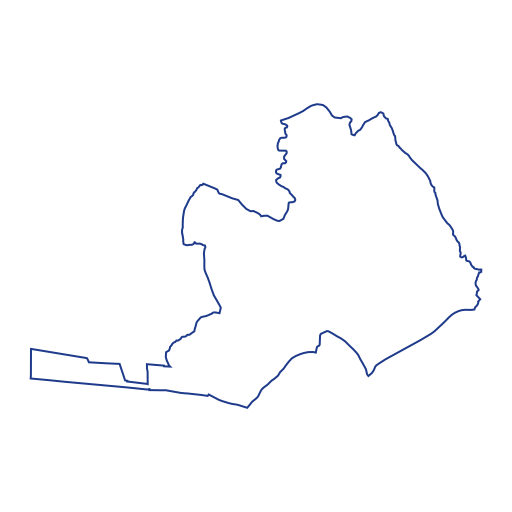 Totolac, Tlaxcala, Mexico (Albers equal-area conic projection)
{"feature_id": "50627088B53783238434926", "entity_name": "Totolac", "entity_type": "district", "adm_level": 2, "iso_a3": "MEX", "parent_name": "Mexico", "parent_adm1": "Tlaxcala", "projection": "albers", "projection_center": [-98.25, 19.338], "detail": "fine", "context": "isolated", "style": "outline", "palette": "blue", "viewbox_px": 512, "rotation_deg": 0, "n_neighbors": 0, "source": "geoboundaries", "source_scale": "gbopen_adm2", "svg_char_len": 6119}
<svg xmlns="http://www.w3.org/2000/svg" viewBox="0 0 512 512"><path d="M247.2,407.8L249.9,404.6L251.1,403.0L252.5,401.4L255.3,399.2L257.0,397.7L257.6,397.0L258.3,396.0L260.6,391.2L262.0,389.1L263.6,387.6L267.6,384.6L270.9,381.3L272.2,380.2L273.9,379.1L276.7,376.8L278.1,375.5L280.2,372.0L283.6,368.7L286.0,365.2L289.1,361.3L291.9,358.3L295.8,356.0L300.1,354.2L303.8,353.0L308.3,352.1L313.1,352.0L315.8,352.6L316.7,348.1L317.1,346.9L317.8,346.3L319.1,345.7L319.4,345.3L319.7,344.4L320.0,336.9L320.1,335.4L320.8,333.9L326.7,331.2L327.6,331.1L328.4,331.3L332.0,333.2L337.4,336.5L339.9,337.8L341.7,338.9L345.3,341.5L349.9,346.1L353.5,349.5L356.4,352.6L357.6,354.2L358.3,355.1L360.3,359.2L362.6,363.1L365.8,369.0L366.1,369.8L366.9,373.7L367.3,374.6L368.4,376.0L371.8,373.1L373.6,370.6L375.3,366.6L376.3,365.4L378.8,363.6L385.5,359.3L420.5,340.1L431.1,333.8L434.6,331.2L444.5,321.9L449.3,317.0L452.2,314.5L455.0,312.7L458.8,311.0L461.6,310.2L465.2,309.8L471.8,309.9L474.4,309.5L474.7,308.4L475.5,306.9L476.2,306.4L477.3,305.0L477.9,303.9L478.2,302.9L478.3,302.2L478.1,301.7L480.2,299.2L476.4,295.2L476.9,292.9L477.0,291.8L477.4,291.1L478.2,290.6L478.6,290.1L478.6,289.5L477.5,287.6L476.4,286.1L476.0,285.7L475.6,284.4L475.6,282.4L476.1,280.8L476.5,280.4L476.8,279.4L477.0,277.7L478.0,276.3L478.1,275.5L479.1,272.6L479.2,272.4L479.9,272.5L480.3,272.4L480.6,272.2L481.2,271.9L481.3,269.6L480.2,269.5L479.0,269.7L478.1,269.4L475.3,268.8L474.6,268.6L473.9,268.1L473.6,267.1L472.8,266.9L472.4,266.5L471.3,265.0L470.8,264.0L470.7,263.3L469.6,261.6L469.0,261.3L467.1,260.9L466.6,260.7L466.3,260.3L466.1,259.9L466.1,258.1L465.2,255.6L464.3,255.9L463.6,256.6L462.8,257.1L462.2,257.3L461.5,257.3L460.5,256.9L460.2,256.4L460.3,255.1L460.6,253.8L460.6,252.3L459.9,251.1L459.9,248.9L460.1,247.7L459.9,246.7L459.6,245.7L459.4,244.0L458.7,242.4L457.6,241.5L456.8,240.4L455.4,237.1L454.7,236.2L453.9,235.5L453.3,234.9L453.0,234.4L453.0,233.6L453.2,232.4L453.1,231.0L452.7,230.0L451.6,228.1L449.6,225.2L447.2,223.1L442.8,217.3L441.3,214.0L439.1,208.3L437.8,203.8L437.5,200.3L435.6,195.0L435.4,193.0L434.7,192.3L434.3,191.2L434.3,187.5L432.8,186.6L431.5,185.1L430.6,183.2L430.2,180.8L427.8,176.1L425.5,172.9L422.3,169.7L420.4,168.2L412.0,160.1L409.9,157.5L409.0,155.9L407.6,154.4L405.2,152.9L401.7,149.8L400.8,148.6L399.6,147.7L399.1,146.6L397.7,145.5L396.9,145.1L396.4,144.1L395.4,140.0L395.1,136.1L394.4,135.5L393.5,133.3L392.9,131.0L391.7,128.0L389.9,125.1L389.3,122.8L388.2,120.9L387.7,118.9L386.0,118.4L384.0,116.3L383.3,113.5L380.9,112.2L378.9,112.9L377.9,114.7L376.3,116.4L372.2,118.3L368.6,120.5L366.9,121.2L365.0,122.2L363.3,124.8L361.9,127.4L360.3,129.7L357.9,131.0L355.7,133.4L354.6,135.3L352.6,134.8L351.5,134.2L351.4,132.7L351.1,130.3L350.1,126.9L349.4,124.9L350.0,122.5L351.3,121.3L351.6,119.2L350.1,117.9L347.3,116.5L344.6,116.8L342.6,117.2L341.0,118.2L334.7,117.5L332.0,115.5L329.7,111.6L326.4,107.5L323.1,105.1L320.5,104.6L317.0,104.2L313.3,105.1L310.8,106.0L306.7,108.5L303.2,111.0L298.7,113.3L288.5,118.0L280.9,120.5L281.1,121.6L281.6,122.9L282.5,123.7L284.8,124.2L286.1,124.8L287.2,125.7L287.3,126.6L286.8,127.5L285.9,127.6L285.2,128.0L284.7,128.8L284.7,129.5L285.4,133.6L286.6,135.2L286.5,136.6L285.9,137.4L284.7,137.7L281.3,137.8L280.3,138.2L279.2,139.8L278.7,141.5L277.9,143.2L277.5,146.2L277.7,148.1L278.2,149.8L278.8,150.4L279.6,150.6L285.9,150.7L286.6,151.4L286.7,152.8L286.3,153.8L284.9,155.4L284.1,156.7L284.1,158.9L286.3,161.2L286.0,162.4L285.0,163.3L282.9,163.2L281.6,164.3L281.2,165.7L280.8,167.6L280.0,168.7L277.8,169.3L276.5,169.8L276.0,171.0L276.0,172.3L276.6,173.4L277.6,173.9L280.5,174.9L280.6,176.1L280.0,177.5L278.1,178.3L276.1,180.0L276.2,181.4L276.7,182.6L278.8,184.5L281.7,186.3L283.2,186.8L285.5,188.4L287.6,189.3L288.6,190.3L289.5,191.5L289.7,192.8L292.6,195.8L293.5,197.0L294.6,197.8L295.3,199.9L294.6,201.4L292.6,202.2L290.1,202.3L288.8,202.7L288.5,204.8L288.2,208.3L287.6,210.6L284.6,215.6L284.4,216.4L283.4,218.8L279.7,220.9L278.6,221.0L277.2,220.7L273.7,219.2L267.4,215.7L264.0,215.8L261.2,216.3L260.1,214.7L257.7,213.0L253.4,211.0L251.5,211.2L250.3,211.1L246.3,208.9L242.1,204.7L238.2,200.0L232.2,198.3L221.6,194.0L219.8,193.8L219.2,193.4L218.5,192.4L217.3,189.6L214.6,188.3L203.3,183.7L202.8,184.3L202.7,184.7L201.8,185.1L200.7,184.9L200.3,185.0L198.4,187.4L197.2,188.2L196.2,190.3L194.9,191.8L194.1,192.4L193.5,193.3L193.2,194.9L192.1,196.0L190.7,197.0L188.8,200.3L186.0,206.2L185.0,208.0L184.1,210.7L183.2,216.3L182.9,219.1L182.7,224.8L182.8,227.3L182.1,229.7L182.0,232.3L182.3,233.5L182.2,234.2L182.6,235.0L182.6,235.9L182.9,236.6L182.9,237.8L183.3,239.4L183.2,240.7L183.3,242.1L183.5,243.8L183.9,244.3L186.0,245.0L187.0,245.2L187.7,245.2L188.8,244.9L190.9,244.9L192.5,244.6L193.8,243.7L194.4,242.4L194.7,242.2L195.0,242.4L196.1,243.6L197.6,243.7L199.7,243.6L200.7,243.9L201.8,244.2L202.5,244.9L203.7,245.3L204.8,245.4L205.3,246.4L205.3,247.6L204.6,248.9L204.0,252.6L203.9,253.4L204.4,260.5L204.3,265.9L204.5,269.6L205.5,272.6L207.6,277.3L209.4,282.2L211.4,288.6L212.7,292.3L213.5,294.2L213.6,294.9L219.5,305.1L220.8,307.8L219.5,313.2L215.9,312.5L214.1,312.4L212.6,312.8L211.7,313.8L209.7,314.5L208.6,315.1L206.1,316.0L204.7,316.4L203.6,316.5L201.1,317.2L200.2,318.0L197.0,321.7L196.4,323.1L195.5,326.7L194.8,328.8L194.3,331.4L193.5,331.8L189.4,334.8L187.4,334.8L186.8,335.3L186.6,335.8L185.2,336.6L182.3,336.8L181.5,337.4L180.9,338.5L180.2,339.2L178.2,340.5L177.6,340.6L176.5,340.5L175.7,341.3L175.5,341.8L174.9,342.1L174.0,342.4L173.1,343.1L171.8,344.5L171.6,345.3L170.1,346.9L169.9,348.1L169.1,350.4L166.1,352.2L165.9,355.2L165.8,357.3L166.9,360.8L169.1,365.6L170.1,366.6L164.0,366.3L163.9,365.6L146.9,364.2L147.0,368.7L147.6,371.6L147.7,384.1L147.1,383.9L127.2,381.5L127.3,380.8L125.1,380.4L119.6,363.9L106.2,363.3L88.9,362.3L87.8,359.7L86.8,358.1L31.0,348.9L30.9,375.0L30.7,378.5L50.3,380.3L64.9,381.8L126.8,387.4L147.1,389.5L149.4,389.1L149.3,390.1L164.4,390.3L165.5,390.2L180.7,392.9L185.8,393.4L186.9,393.4L200.8,394.9L207.7,395.9L208.7,394.5L218.6,399.7L221.6,400.9L229.1,403.2L232.5,404.0L236.7,404.6L238.7,405.1L247.2,407.8Z" fill="none" stroke="#1e3a8a" stroke-width="2"/></svg>